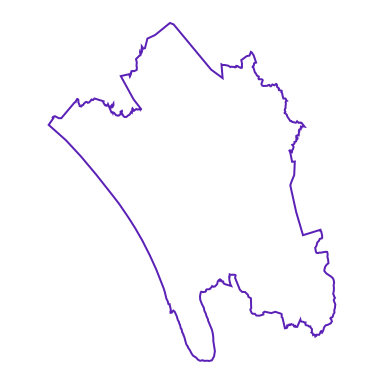 Escuinapa, Sinaloa, Mexico
{"feature_id": "50627088B92703262083917", "entity_name": "Escuinapa", "entity_type": "district", "adm_level": 2, "iso_a3": "MEX", "parent_name": "Mexico", "parent_adm1": "Sinaloa", "projection": "equal_earth", "projection_center": [-105.661, 22.715], "detail": "fine", "context": "isolated", "style": "outline", "palette": "violet", "viewbox_px": 384, "rotation_deg": 0, "n_neighbors": 0, "source": "geoboundaries", "source_scale": "gbopen_adm2", "svg_char_len": 5988}
<svg xmlns="http://www.w3.org/2000/svg" viewBox="0 0 384 384"><path d="M320.4,229.8L303.0,235.2L296.2,212.1L290.3,185.4L291.4,181.9L294.2,175.1L294.8,161.5L292.1,161.8L290.2,152.2L289.4,150.7L289.8,150.3L290.5,150.5L291.2,152.4L291.9,152.4L292.2,150.2L292.9,149.3L293.6,147.1L293.3,146.3L292.3,144.8L293.6,144.4L294.4,143.5L294.6,142.8L294.4,142.1L296.1,141.3L296.3,140.7L296.2,140.0L297.3,139.1L297.6,138.3L297.4,137.6L297.0,137.6L296.5,138.2L296.2,137.9L296.3,135.9L297.8,135.1L298.7,135.3L298.8,133.1L299.3,131.7L298.8,131.0L299.1,129.8L299.5,129.4L300.6,129.5L300.9,126.9L301.7,127.4L302.1,126.5L302.5,126.2L304.5,126.6L301.5,122.8L300.9,123.0L300.3,122.5L298.9,122.9L297.1,121.3L296.5,122.4L295.5,122.7L292.0,121.8L291.4,121.0L290.4,121.1L287.3,116.5L286.7,114.6L284.6,112.9L285.4,111.9L284.7,110.3L285.1,108.7L285.6,108.1L285.5,106.1L285.9,103.8L285.6,102.2L286.1,101.1L286.9,100.8L286.0,100.0L285.9,99.2L285.4,98.5L283.4,98.5L282.6,95.8L282.1,93.1L281.4,92.2L281.8,91.3L281.6,90.7L278.9,90.1L278.7,89.5L279.0,88.5L277.1,86.9L277.0,85.2L276.4,84.0L276.1,83.9L274.5,85.3L272.4,84.5L270.8,86.3L270.3,86.2L269.4,84.9L268.5,85.0L267.3,85.8L263.5,86.0L262.2,85.6L261.5,84.3L261.5,83.5L262.7,80.6L262.6,79.9L261.9,79.3L258.8,79.2L258.5,78.5L258.8,77.1L258.7,76.5L257.2,75.8L255.4,72.8L254.9,72.4L253.5,67.8L252.6,67.0L253.1,66.0L253.7,65.7L254.0,64.6L253.9,64.1L254.3,63.1L256.1,62.6L253.7,55.4L251.7,52.4L250.9,51.9L249.5,55.6L246.8,56.1L241.3,60.1L242.0,63.6L241.9,67.5L241.2,67.4L241.0,67.9L238.3,66.8L237.6,66.0L236.2,65.9L236.0,67.0L235.1,67.4L234.5,67.0L231.3,66.7L230.5,67.1L228.3,65.7L224.9,65.0L222.6,65.0L221.5,64.4L222.6,78.1L211.1,69.6L173.6,24.4L169.9,23.0L155.1,35.0L147.4,38.6L145.0,48.1L143.5,48.7L141.8,46.4L141.8,48.5L141.4,49.3L142.1,50.5L142.1,51.2L141.4,52.9L140.1,51.4L140.0,52.3L140.3,53.1L140.4,55.3L139.5,55.6L136.0,59.1L136.8,62.4L136.5,65.4L136.8,67.1L136.8,69.4L136.6,70.0L134.1,71.2L132.7,70.9L131.5,71.1L131.3,72.6L130.9,72.7L131.0,73.9L129.9,76.5L129.1,74.2L120.8,76.1L133.6,99.4L141.1,109.1L141.0,109.3L140.4,109.2L140.2,109.7L139.9,109.3L139.0,109.2L137.6,109.6L136.3,109.0L135.4,109.8L134.1,110.3L134.0,110.8L133.5,110.8L133.2,109.3L132.5,108.4L132.2,109.1L132.2,110.9L131.9,112.7L131.1,112.0L129.5,114.8L128.4,115.2L126.5,116.9L124.7,117.0L123.6,116.3L121.9,113.4L121.6,112.3L122.0,111.5L121.9,110.9L120.6,111.6L120.5,112.0L121.2,114.3L119.8,114.5L118.8,115.6L118.3,115.7L116.1,115.2L114.1,112.9L112.9,112.4L112.8,112.8L112.6,112.3L111.5,112.5L109.9,108.7L110.3,107.7L112.4,107.2L113.5,105.1L113.4,103.7L112.5,105.4L111.9,105.0L111.2,106.2L110.4,106.3L109.9,106.9L110.1,107.8L109.5,107.8L108.0,104.2L107.5,105.5L107.0,105.8L106.3,105.7L105.9,105.0L105.6,104.9L105.6,105.3L105.3,105.4L104.7,104.7L103.3,102.5L103.6,101.3L94.5,98.5L93.2,99.9L92.6,100.0L91.5,99.5L90.5,101.0L88.9,102.5L87.8,102.8L86.7,101.9L85.7,102.1L83.9,103.6L83.4,104.8L81.8,105.4L81.6,106.2L81.1,106.5L79.6,106.0L79.6,105.1L78.4,102.6L78.4,100.0L77.9,99.2L77.2,99.0L76.4,100.1L75.6,102.2L74.7,102.3L61.3,118.2L58.9,118.2L54.9,116.2L53.2,116.8L52.7,117.5L53.4,118.1L48.7,124.9L65.9,140.2L81.0,156.5L96.2,174.6L113.3,196.3L119.0,203.7L128.3,217.3L135.2,228.2L142.2,240.3L149.8,255.3L156.3,269.6L163.8,288.7L164.9,292.4L166.4,298.7L167.7,301.2L168.4,304.0L169.1,304.5L169.6,304.3L170.9,310.2L170.4,311.6L170.5,312.8L171.7,312.7L173.3,310.6L174.7,311.7L176.7,316.1L177.9,320.2L178.9,321.8L179.3,323.6L180.0,324.8L180.8,328.4L181.3,328.7L181.5,329.2L182.2,331.7L182.1,332.2L182.9,333.4L183.6,335.0L183.5,335.5L184.2,336.6L186.1,343.7L186.8,345.3L187.4,345.9L187.9,346.6L187.9,347.3L189.8,350.0L191.5,353.4L193.0,355.6L196.1,357.6L197.8,359.5L199.6,360.6L200.9,360.7L202.7,360.2L204.1,360.9L207.6,360.7L209.0,361.0L211.9,360.3L214.1,356.2L214.9,351.1L213.3,340.9L213.3,337.5L212.8,333.6L211.9,329.7L208.2,320.9L207.8,318.9L206.5,316.2L205.8,313.6L204.4,310.8L203.8,307.7L201.8,303.9L200.2,299.6L200.0,296.2L200.8,292.2L201.3,291.7L202.9,292.1L205.3,291.8L206.0,291.0L206.0,290.2L206.6,289.4L209.5,289.2L210.3,288.6L210.4,288.2L212.0,286.7L212.2,286.1L213.4,286.8L215.0,286.4L217.1,284.2L217.8,281.4L218.4,280.6L218.8,280.2L219.5,280.7L219.7,280.2L219.9,280.5L220.3,279.6L221.1,280.2L221.0,280.7L221.6,280.6L222.0,281.5L223.2,281.5L223.6,283.4L225.4,284.3L231.2,286.0L230.3,284.2L229.4,280.1L229.2,277.0L229.5,277.0L229.7,274.4L230.6,274.8L233.8,274.7L235.4,275.0L235.6,275.5L235.1,277.9L239.9,289.8L242.1,291.9L245.0,292.0L247.9,294.8L248.4,296.8L250.9,298.3L251.2,308.2L250.3,309.7L251.6,312.9L252.5,313.7L254.9,313.8L256.3,315.5L259.3,315.7L263.4,314.5L263.3,312.6L264.6,311.7L271.3,313.1L275.3,311.8L280.8,313.6L281.7,314.2L281.7,317.1L282.5,317.8L284.9,328.3L286.1,328.1L286.0,327.5L287.0,327.6L287.3,326.8L287.1,325.6L288.2,325.6L288.6,325.4L288.6,324.9L289.6,325.0L289.5,324.6L290.9,324.2L290.9,324.5L293.2,324.7L293.6,325.5L293.9,325.6L294.0,326.2L295.2,325.9L295.3,326.9L297.2,326.9L300.4,319.6L300.7,321.0L301.0,321.4L303.8,322.0L304.6,322.7L305.5,322.5L305.5,324.7L306.1,325.2L308.0,325.6L309.1,326.5L310.3,326.4L310.5,327.4L311.9,329.0L311.9,331.7L311.4,332.5L312.6,333.2L313.1,335.1L314.1,334.6L314.9,334.8L315.3,336.5L316.3,335.8L316.8,334.7L319.1,334.8L320.2,333.0L320.8,331.3L321.2,331.2L321.3,332.0L322.0,332.7L323.1,330.9L324.1,327.4L325.7,325.3L327.8,324.8L330.7,323.3L331.9,321.4L331.5,320.0L330.4,318.4L330.9,317.6L332.2,317.3L332.6,316.9L333.6,313.8L334.3,312.9L334.5,312.4L334.2,310.7L334.9,308.0L335.3,304.4L333.8,300.5L333.9,299.6L335.0,297.8L334.1,296.5L333.8,295.1L333.2,294.0L333.9,290.1L333.9,287.7L333.6,285.5L334.1,282.6L333.8,280.6L333.1,278.5L331.4,276.8L326.3,273.4L324.4,271.1L324.4,269.7L325.2,266.7L326.7,264.6L328.4,263.3L328.2,260.3L327.4,256.5L327.7,254.4L327.2,252.0L326.3,251.8L324.0,252.0L321.1,252.7L319.0,252.7L317.9,253.1L316.5,252.8L315.9,251.7L315.2,247.9L316.5,245.7L317.2,242.9L317.6,242.0L318.6,241.3L319.9,238.8L321.8,238.4L322.2,237.8L322.1,235.3L321.2,231.4L320.5,231.2L320.4,229.8Z" fill="none" stroke="#5b21b6" stroke-width="2"/></svg>